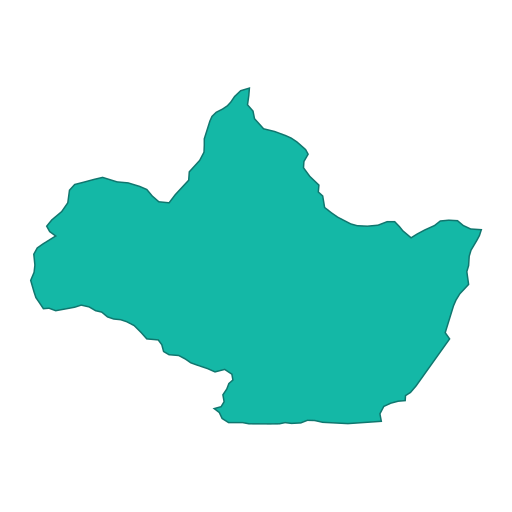 outline of Ourinhos, São Paulo, Brazil, rotated 90°
{"feature_id": "56859067B77835067166290", "entity_name": "Ourinhos", "entity_type": "district", "adm_level": 2, "iso_a3": "BRA", "parent_name": "Brazil", "parent_adm1": "São Paulo", "projection": "natural_earth1", "projection_center": [-49.859, -22.956], "detail": "fine", "context": "isolated", "style": "filled", "palette": "teal", "viewbox_px": 512, "rotation_deg": 90, "n_neighbors": 0, "source": "geoboundaries", "source_scale": "gbopen_adm2", "svg_char_len": 1992}
<svg xmlns="http://www.w3.org/2000/svg" viewBox="0 0 512 512"><g transform="rotate(90 256 256)"><path d="M422.6,283.4L422.6,276.1L422.6,269.3L423.8,263.0L423.9,241.9L423.8,232.6L422.6,226.9L423.4,220.5L422.9,211.2L420.3,204.6L420.5,197.3L422.3,189.3L423.6,164.1L421.3,130.7L413.8,132.1L406.4,128.2L403.2,121.3L401.2,113.8L400.6,106.8L395.6,106.5L392.4,101.5L386.0,96.0L338.9,62.4L332.7,66.8L305.8,58.5L300.0,56.0L293.8,52.2L284.4,43.4L271.6,45.2L265.6,43.4L256.2,42.8L250.2,41.0L240.6,35.3L235.6,32.6L229.7,30.7L229.0,41.3L225.5,48.8L220.7,54.5L220.2,63.3L221.0,71.7L225.5,77.4L230.0,87.3L234.0,94.8L237.8,100.9L230.8,109.2L226.7,112.5L221.7,117.3L221.7,124.9L225.2,134.0L226.2,144.7L225.7,154.9L223.9,161.3L217.2,174.3L212.8,180.6L207.5,187.4L196.0,189.3L192.0,193.7L185.1,193.1L176.4,202.2L167.8,208.5L161.5,208.1L154.2,203.9L149.6,206.4L142.0,215.0L138.1,220.8L135.8,225.9L131.5,237.4L128.8,248.4L118.7,257.5L111.1,259.0L104.8,264.5L95.5,263.2L88.1,262.6L90.7,271.3L96.5,277.4L102.1,281.2L105.8,284.6L109.1,289.5L112.3,295.8L116.4,300.0L121.1,302.1L138.8,307.7L145.1,307.7L152.2,308.0L160.4,312.3L171.8,322.7L180.2,323.3L188.7,331.2L194.5,336.6L202.8,342.9L201.8,353.2L196.0,359.8L189.5,365.2L186.4,372.4L182.9,383.9L181.9,394.9L177.4,409.4L179.4,417.9L182.2,428.3L184.5,437.3L190.2,442.5L202.8,444.2L211.6,450.3L219.9,460.2L226.2,465.3L231.6,462.3L236.0,456.3L243.9,469.0L247.9,474.7L254.2,478.2L265.1,477.1L272.3,477.9L280.4,481.3L291.8,478.0L297.6,476.1L302.4,472.8L308.7,468.6L308.2,463.0L310.7,456.3L308.7,445.4L307.2,437.3L305.1,430.8L306.9,422.9L310.7,416.4L312.1,410.3L316.9,404.5L319.0,398.3L319.7,391.3L321.7,385.3L325.6,377.8L332.5,370.9L338.9,365.2L339.9,353.8L344.7,350.2L351.5,348.4L354.7,343.0L355.5,333.3L359.0,326.7L362.8,321.2L365.3,314.3L368.6,304.4L371.9,297.0L369.4,287.3L374.2,280.1L380.0,279.1L383.5,283.1L389.0,285.2L394.8,289.1L401.7,287.9L406.7,290.9L408.6,297.8L412.5,292.7L418.5,289.9L422.6,283.4Z" fill="#14b8a6" stroke="#0f766e" stroke-width="1.5"/></g></svg>